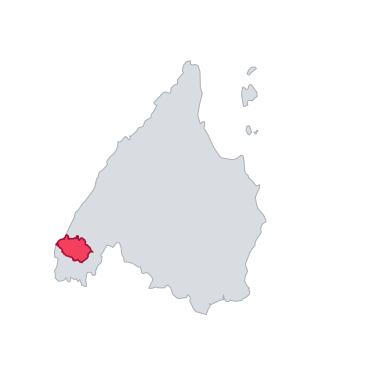 Lugo highlighted on a map of Spain, rotated 297°
{"feature_id": "ESP-5832", "entity_name": "Lugo", "entity_type": "Autonomous Community", "adm_level": 1, "iso_a3": "ESP", "parent_name": "Spain", "parent_adm1": "", "projection": "robinson", "projection_center": [-7.286, 43.039], "detail": "fine", "context": "in_parent", "style": "filled", "palette": "rose", "viewbox_px": 384, "rotation_deg": 297, "n_neighbors": 0, "source": "natural_earth", "source_scale": "10m", "svg_char_len": 6246}
<svg xmlns="http://www.w3.org/2000/svg" viewBox="0 0 384 384"><g transform="rotate(297 192 192)"><path d="M203.3,103.3L203.3,104.2L205.0,105.9L209.9,106.9L211.2,107.6L211.0,109.8L209.9,111.8L210.9,112.7L212.1,112.6L213.5,111.0L213.8,112.1L216.1,113.1L221.1,114.9L224.6,115.1L228.2,118.6L234.1,118.0L239.4,121.4L244.4,120.6L245.5,121.3L253.2,121.4L253.5,118.6L254.3,117.5L267.8,121.4L269.5,123.7L269.3,124.9L270.1,127.7L271.8,127.6L275.2,126.1L279.9,128.0L281.1,129.7L282.1,129.8L285.4,128.1L294.7,130.2L295.0,128.8L295.7,128.4L299.5,127.2L301.1,127.0L306.0,127.9L306.7,129.5L307.7,130.1L308.2,131.4L305.3,132.3L305.1,134.6L307.0,136.6L307.4,140.1L302.6,144.6L288.7,152.1L284.2,156.6L273.7,158.9L262.9,162.3L256.6,168.3L258.2,168.8L260.3,170.8L259.7,171.7L256.9,173.1L254.3,173.5L249.8,180.9L243.4,188.6L241.0,192.1L236.1,201.1L236.1,203.7L238.9,212.7L240.4,215.1L242.6,217.0L246.6,218.7L247.6,220.4L246.3,222.0L242.4,224.8L235.7,228.6L232.8,231.6L232.3,234.5L230.3,235.8L229.6,239.8L227.0,245.5L226.9,246.9L229.1,249.0L227.0,250.2L216.4,250.7L210.0,255.2L206.8,259.1L203.9,266.3L200.4,270.6L198.8,271.4L196.3,269.5L193.2,269.2L190.2,269.9L188.7,271.3L186.2,272.2L183.8,271.5L178.6,271.1L176.3,271.1L172.7,272.4L169.6,271.5L164.4,271.1L153.1,272.1L151.7,272.5L146.7,277.5L141.2,277.6L136.2,279.5L133.0,284.3L132.3,286.9L131.3,286.3L130.6,286.5L130.2,288.4L126.8,289.6L122.9,288.0L119.7,285.7L118.0,285.5L115.2,281.8L114.1,279.5L113.2,276.9L113.2,275.2L110.7,274.1L110.1,271.8L111.9,268.8L114.2,267.1L112.0,267.3L110.5,269.2L108.4,266.1L100.2,260.0L100.6,257.9L99.3,259.5L98.3,259.9L94.1,259.7L89.3,260.4L87.2,250.1L88.5,246.5L93.9,239.5L97.3,238.5L98.6,234.9L95.5,235.0L90.6,228.0L91.9,221.5L96.8,216.6L97.6,214.7L97.8,212.9L96.8,211.6L94.1,210.9L91.4,205.7L90.8,202.5L88.5,200.7L86.6,197.5L88.3,197.0L95.3,197.0L96.9,196.2L98.2,194.1L99.5,190.6L99.8,188.4L97.1,185.4L97.0,184.7L97.4,183.7L101.6,180.3L100.7,177.8L101.4,172.5L101.1,169.4L100.6,166.9L99.1,163.6L100.1,162.3L102.3,161.1L104.0,158.4L106.6,156.2L109.9,154.4L113.8,150.5L113.2,148.7L111.8,147.7L107.0,146.9L106.7,146.1L106.7,141.9L105.4,140.2L103.7,140.4L101.0,139.6L100.4,140.1L97.0,139.9L94.6,139.2L93.6,139.8L93.3,141.3L89.4,142.9L87.1,142.8L83.4,141.5L79.3,142.0L78.8,141.6L75.2,143.4L74.0,143.4L72.6,141.3L74.5,138.3L72.8,135.3L71.7,135.3L65.1,137.4L61.3,140.2L59.7,140.5L59.2,140.0L59.0,136.1L63.1,131.8L60.5,131.5L60.7,130.3L62.3,128.4L60.6,126.9L60.7,122.6L57.1,124.0L56.2,123.8L56.1,122.1L58.3,118.6L56.0,118.3L54.3,117.0L52.1,114.2L52.1,112.7L53.3,109.2L56.5,107.6L59.5,105.2L63.8,105.6L70.1,103.6L72.2,102.5L72.2,101.1L71.4,100.0L72.1,99.0L77.2,96.1L80.3,95.8L83.4,94.4L85.5,95.3L87.4,95.0L89.5,96.1L92.3,98.6L96.3,99.7L99.6,98.9L116.2,98.6L121.0,97.4L124.6,98.9L131.7,99.7L136.0,101.0L147.9,103.1L152.1,103.2L160.7,101.0L163.0,101.6L166.5,100.5L168.1,100.7L170.3,102.2L177.9,104.2L179.8,102.5L181.3,102.2L186.8,103.2L192.3,105.3L195.1,105.5L199.3,104.9L203.3,103.3ZM307.8,194.3L309.8,195.1L311.9,194.4L313.0,194.6L314.1,195.0L314.4,196.6L310.3,204.5L306.8,206.7L303.1,205.0L301.0,204.5L300.4,203.9L299.8,201.4L298.8,200.6L297.4,200.2L294.7,202.2L293.8,200.9L292.5,200.6L291.9,199.8L291.9,198.8L300.3,192.6L302.7,191.3L307.9,189.7L308.7,189.9L308.1,190.9L308.8,191.8L307.8,194.3ZM331.9,191.1L331.2,193.3L324.7,190.3L322.6,190.0L322.0,189.6L322.2,187.4L326.4,187.1L329.9,188.1L331.9,191.1ZM273.3,216.4L272.6,217.9L269.4,217.4L268.7,216.7L269.3,215.0L270.2,214.8L270.3,213.5L271.2,212.2L275.6,211.2L276.7,212.1L276.9,213.3L274.3,216.0L273.3,216.4ZM276.6,222.6L276.2,222.9L272.7,222.6L272.6,221.6L273.3,220.2L274.6,221.6L276.6,221.9L276.6,222.6Z" fill="#d9dde1" stroke="#a8b0b8" stroke-width="1"/><path d="M83.5,95.2L83.6,95.3L83.9,95.2L83.9,94.9L84.1,94.8L84.6,94.7L84.7,95.0L85.2,95.9L85.1,96.3L85.3,96.2L85.5,95.9L85.7,95.5L85.9,95.6L86.1,95.5L86.3,95.3L86.6,95.2L87.4,95.3L87.6,95.4L89.3,96.2L90.1,96.5L91.4,98.5L92.4,99.0L92.2,99.2L92.1,99.3L92.1,99.5L92.4,99.6L92.5,99.5L92.7,99.4L92.9,99.3L93.2,99.3L93.6,99.4L94.4,99.5L95.6,99.5L96.0,99.3L96.3,99.5L96.7,99.5L96.9,99.7L97.0,100.2L96.8,100.5L96.6,100.8L96.5,101.1L96.6,101.4L96.6,101.6L95.9,102.1L95.7,102.5L95.3,102.8L95.2,102.8L94.8,102.7L94.6,102.7L94.3,102.8L94.2,102.9L94.2,103.1L94.1,103.6L94.1,103.8L94.5,104.0L94.8,104.0L95.0,104.2L95.0,104.4L95.0,104.6L95.1,104.8L95.1,105.1L95.2,105.4L95.4,105.6L95.7,105.8L95.8,105.9L96.0,106.0L96.3,107.2L96.4,107.4L96.6,107.6L96.7,107.8L97.2,108.1L97.3,108.1L97.5,108.1L97.7,108.4L98.0,108.6L98.3,108.7L98.3,108.8L98.3,109.0L98.1,109.3L98.1,109.6L98.2,109.8L98.3,109.9L98.4,110.1L98.6,110.2L98.7,110.3L99.1,110.1L99.5,109.9L99.8,109.7L99.9,109.4L100.0,109.3L100.2,109.2L100.3,109.2L100.5,109.3L100.7,109.6L101.0,110.1L101.1,110.3L101.0,110.6L100.3,111.2L100.1,111.3L99.4,111.6L99.2,111.6L98.8,111.6L98.7,111.7L98.6,111.8L98.5,112.1L98.4,112.3L98.3,112.5L98.2,112.6L97.9,112.8L97.8,113.1L97.9,113.4L98.1,113.6L98.3,113.7L98.5,113.6L98.5,113.0L99.1,113.5L99.4,113.7L99.5,113.8L100.1,113.8L100.3,113.9L100.7,114.3L100.9,114.5L101.0,114.8L101.1,115.7L100.9,116.0L100.8,116.4L100.4,116.7L100.4,117.0L100.6,117.7L100.6,117.9L100.5,118.2L100.4,118.4L99.7,119.1L99.3,119.7L99.1,119.9L98.9,119.9L98.7,119.9L98.3,119.9L97.8,120.4L97.3,120.6L97.2,120.7L96.9,121.0L96.8,121.4L96.9,121.7L97.0,121.9L97.1,122.1L97.3,122.3L97.3,122.6L97.1,122.7L97.0,122.8L96.8,123.0L96.7,123.2L96.8,123.9L96.7,124.2L96.4,124.9L96.3,125.1L96.4,125.6L96.2,126.1L95.5,127.2L94.8,127.6L94.5,128.0L93.5,130.5L92.4,128.5L92.1,128.3L91.1,128.0L90.2,128.2L89.3,127.5L89.1,127.8L87.0,128.8L85.8,128.5L85.0,128.6L83.0,127.4L82.3,127.3L81.7,126.8L80.0,126.0L79.3,126.0L79.4,125.2L79.2,124.7L78.6,124.2L79.4,122.7L79.4,121.9L79.5,121.7L79.9,121.2L79.9,120.8L79.7,120.6L79.0,120.4L78.6,120.1L77.7,119.1L77.6,118.7L78.0,117.5L77.2,117.4L77.7,116.5L77.9,116.4L78.4,116.2L78.6,116.0L79.0,115.2L79.2,114.5L79.2,113.9L78.6,112.3L78.6,111.9L78.6,111.7L78.8,111.3L78.1,108.8L78.7,107.2L78.7,106.9L78.6,106.6L78.5,106.4L78.6,106.2L79.4,105.3L79.5,105.0L79.7,103.3L80.6,103.5L80.8,103.4L81.0,103.2L81.2,102.6L81.8,102.3L82.4,100.5L82.5,100.4L82.4,100.3L82.2,99.9L82.2,99.6L82.3,99.4L82.8,99.0L82.8,98.8L82.9,98.6L82.8,98.1L82.9,97.9L83.6,97.2L83.2,96.6L83.5,95.2Z" fill="#f43f5e" stroke="#9f1239" stroke-width="1.5"/></g></svg>